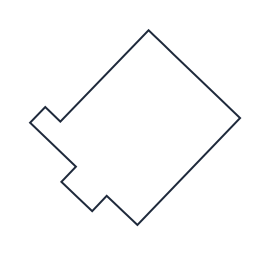 outline of Van Wert, Ohio, United States of America, rotated 134°
{"feature_id": "52423323B68690141030407", "entity_name": "Van Wert", "entity_type": "district", "adm_level": 2, "iso_a3": "USA", "parent_name": "United States of America", "parent_adm1": "Ohio", "projection": "mercator", "projection_center": [-84.608, 40.838], "detail": "fine", "context": "isolated", "style": "outline", "palette": "slate", "viewbox_px": 256, "rotation_deg": 134, "n_neighbors": 0, "source": "geoboundaries", "source_scale": "gbopen_adm2", "svg_char_len": 345}
<svg xmlns="http://www.w3.org/2000/svg" viewBox="0 0 256 256"><g transform="rotate(134 128 128)"><path d="M43.0,54.3L43.1,86.8L43.4,146.0L43.3,163.0L43.4,174.3L43.4,181.1L170.4,181.1L170.4,202.1L192.2,202.1L192.0,138.6L213.0,138.5L212.9,117.6L212.7,96.0L191.6,96.2L191.2,53.9L43.0,54.3Z" fill="none" stroke="#1e293b" stroke-width="2"/></g></svg>